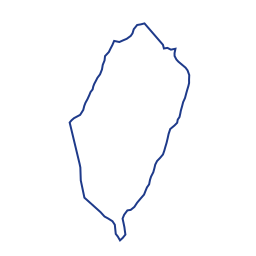 Salgadinho, Paraíba, Brazil, rotated 130°
{"feature_id": "56859067B88873151085436", "entity_name": "Salgadinho", "entity_type": "district", "adm_level": 2, "iso_a3": "BRA", "parent_name": "Brazil", "parent_adm1": "Paraíba", "projection": "mercator", "projection_center": [-36.847, -7.095], "detail": "fine", "context": "isolated", "style": "outline", "palette": "blue", "viewbox_px": 256, "rotation_deg": 130, "n_neighbors": 0, "source": "geoboundaries", "source_scale": "gbopen_adm2", "svg_char_len": 1324}
<svg xmlns="http://www.w3.org/2000/svg" viewBox="0 0 256 256"><g transform="rotate(130 128 128)"><path d="M37.3,182.6L40.5,184.9L43.2,187.2L48.6,187.1L52.6,185.4L55.7,185.1L60.5,186.3L63.8,188.0L67.7,189.9L70.2,194.6L74.5,193.3L78.6,192.4L82.1,191.5L87.7,191.8L91.3,189.4L95.9,187.9L99.8,185.6L104.9,183.9L109.1,183.7L112.6,182.9L115.9,182.2L118.5,181.3L121.2,179.9L124.5,179.8L127.6,178.8L131.9,177.6L136.0,176.8L139.2,175.7L142.9,173.9L148.7,173.1L155.2,175.7L158.4,176.2L161.3,176.2L186.6,142.0L188.9,139.1L198.5,130.5L209.4,116.6L210.1,95.0L210.9,89.1L210.1,85.1L209.4,80.0L210.6,75.9L213.9,72.5L217.0,69.3L217.7,66.0L219.2,61.9L215.6,61.4L211.3,61.5L208.7,64.4L206.3,67.0L203.3,70.8L200.9,73.9L196.9,75.2L191.5,75.5L189.0,73.3L184.4,72.4L179.2,73.0L174.2,73.0L168.7,72.9L164.2,74.4L161.3,75.3L157.6,75.6L153.6,77.8L150.4,79.1L145.6,80.2L141.9,81.9L138.5,83.6L134.6,84.5L130.1,84.2L125.8,84.2L122.1,85.6L119.0,87.0L114.6,88.9L110.6,90.9L106.4,93.1L101.6,95.0L96.2,94.0L92.4,93.7L89.6,95.3L86.5,95.6L83.2,97.3L80.7,98.7L76.9,100.4L72.7,102.4L68.4,103.6L63.5,105.9L60.6,107.2L57.1,108.7L54.3,110.1L51.6,112.4L48.1,115.1L45.6,119.4L44.8,122.7L44.8,127.2L44.8,132.1L44.4,135.0L42.9,138.6L40.7,140.5L36.8,142.6L40.4,145.5L41.3,149.3L44.0,151.6L41.8,154.7L37.3,182.6Z" fill="none" stroke="#1e3a8a" stroke-width="2"/></g></svg>